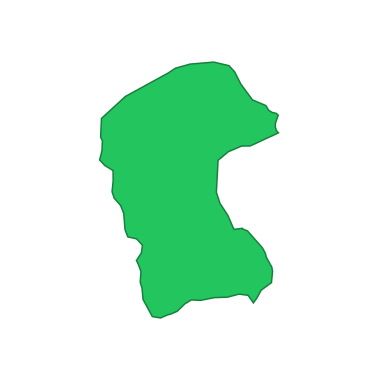 an SVG outline of Zoundwéogo, rotated 33°
{"feature_id": "BFA-2831", "entity_name": "Zoundwéogo", "entity_type": "Province", "adm_level": 1, "iso_a3": "BFA", "parent_name": "Burkina Faso", "parent_adm1": "", "projection": "natural_earth1", "projection_center": [-0.901, 11.547], "detail": "fine", "context": "isolated", "style": "filled", "palette": "green", "viewbox_px": 384, "rotation_deg": 33, "n_neighbors": 0, "source": "natural_earth", "source_scale": "10m", "svg_char_len": 1035}
<svg xmlns="http://www.w3.org/2000/svg" viewBox="0 0 384 384"><g transform="rotate(33 192 192)"><path d="M206.9,79.3L211.8,81.7L215.9,81.6L219.7,80.2L222.5,80.6L224.5,88.9L226.5,92.1L229.3,94.5L232.3,95.3L215.7,121.7L208.5,126.5L200.5,138.5L196.6,151.2L212.6,179.0L221.5,186.2L234.8,192.1L247.5,200.5L254.1,195.0L254.7,195.4L259.7,194.4L281.5,200.5L287.0,203.5L289.9,206.3L299.7,211.4L302.8,214.7L308.0,224.7L303.5,236.6L304.2,245.7L303.9,251.6L295.4,248.1L287.1,252.0L279.0,260.9L268.2,268.5L258.1,278.3L250.3,282.8L246.9,289.8L244.6,300.0L240.6,306.1L238.5,308.3L234.2,314.8L226.6,318.1L209.5,308.8L202.2,299.6L197.7,295.9L192.6,286.6L186.7,282.1L182.7,279.7L182.7,270.6L179.4,263.6L171.0,261.5L162.6,264.6L156.3,260.0L146.3,247.0L139.3,242.1L130.2,239.6L124.8,235.3L119.8,225.6L114.1,217.0L104.8,217.3L97.1,215.5L94.0,206.4L89.0,197.9L85.6,195.9L76.0,179.6L84.1,148.1L107.2,105.2L110.7,97.2L120.7,85.8L139.5,71.2L154.2,65.9L162.3,68.0L174.2,74.9L192.5,81.8L206.9,79.3Z" fill="#22c55e" stroke="#15803d" stroke-width="1.5"/></g></svg>